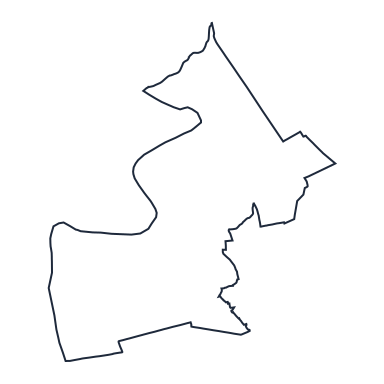 Turcoaia, Tulcea, Romania
{"feature_id": "2599482B2889768165110", "entity_name": "Turcoaia", "entity_type": "district", "adm_level": 2, "iso_a3": "ROU", "parent_name": "Romania", "parent_adm1": "Tulcea", "projection": "natural_earth1", "projection_center": [28.197, 45.114], "detail": "fine", "context": "isolated", "style": "outline", "palette": "slate", "viewbox_px": 384, "rotation_deg": 0, "n_neighbors": 0, "source": "geoboundaries", "source_scale": "gbopen_adm2", "svg_char_len": 5869}
<svg xmlns="http://www.w3.org/2000/svg" viewBox="0 0 384 384"><path d="M65.6,361.0L70.1,360.9L74.2,360.1L80.2,359.0L81.9,358.6L83.1,358.4L89.2,357.6L95.9,356.6L97.7,356.4L99.5,356.2L108.6,354.8L113.3,353.9L113.2,353.9L113.3,353.7L115.5,353.3L119.4,352.7L121.6,352.4L122.1,352.3L122.2,352.2L122.3,352.1L122.3,351.9L122.2,351.5L121.5,349.7L120.1,346.5L119.1,343.6L118.7,342.5L118.6,341.8L118.6,341.6L118.6,341.4L118.8,341.2L119.1,341.1L119.8,340.9L123.1,340.1L126.7,339.1L129.5,338.4L134.6,337.0L136.8,336.4L139.0,335.8L141.7,335.1L144.2,334.4L145.4,334.1L149.1,333.1L154.4,331.8L158.7,330.6L161.7,329.8L163.4,329.3L165.8,328.7L166.3,328.6L168.9,327.9L172.6,326.9L180.5,325.0L184.2,324.0L187.5,323.1L189.6,322.6L190.6,322.3L191.0,323.5L191.2,324.1L191.3,324.3L191.3,324.6L191.3,325.3L191.3,325.8L191.4,326.6L192.4,326.8L194.0,327.1L200.1,328.0L203.4,328.6L209.0,329.5L209.6,329.6L213.7,330.3L219.0,331.1L224.2,332.0L228.1,332.6L231.0,333.1L234.1,333.7L240.2,334.6L240.7,334.7L240.9,334.6L241.3,334.6L245.4,332.9L247.6,332.0L249.7,330.9L249.6,330.0L249.3,329.8L248.6,329.7L248.0,329.5L247.5,329.0L246.5,327.7L245.8,326.2L245.9,325.5L246.5,324.9L246.3,324.0L243.9,324.8L242.0,322.5L241.2,321.2L240.5,320.4L239.9,319.7L239.2,318.3L238.7,318.6L236.3,316.1L234.0,313.3L233.6,313.1L233.1,312.2L232.3,312.5L232.0,312.2L231.6,311.7L231.3,310.9L231.4,310.6L232.0,310.3L232.4,310.0L232.7,309.7L233.3,308.6L233.7,308.1L234.1,307.4L232.0,307.7L230.5,307.8L230.4,307.7L230.0,307.1L229.6,304.9L229.4,303.5L228.0,303.8L227.8,303.3L228.3,303.2L227.7,301.9L225.8,302.3L225.0,301.4L223.4,300.3L223.3,299.7L222.6,299.3L222.0,298.7L221.1,297.7L220.2,296.3L218.7,296.7L219.3,295.6L219.8,294.7L220.1,294.4L220.5,293.9L221.0,292.6L221.6,291.7L221.8,290.7L221.7,289.0L221.5,288.5L223.9,288.3L225.0,287.7L225.7,287.7L226.1,287.6L227.0,287.1L228.0,286.6L228.7,286.3L229.3,286.1L232.9,285.8L232.8,285.3L232.8,285.1L233.3,284.8L233.9,284.5L234.6,284.0L236.0,283.0L236.4,282.6L236.5,282.4L236.7,281.7L236.9,280.5L237.1,280.2L237.3,280.0L237.3,279.5L238.6,279.1L237.3,274.1L237.0,271.7L235.6,269.2L235.2,267.8L234.2,265.4L232.9,263.7L231.2,261.5L229.8,259.6L226.7,256.9L224.8,255.1L223.4,253.8L222.8,252.1L222.8,249.7L225.9,249.8L225.8,245.2L225.5,241.2L232.5,240.5L230.2,233.5L229.2,232.0L228.7,230.8L228.8,229.9L229.2,229.3L230.1,229.4L232.8,229.2L234.7,228.9L236.1,228.6L236.8,228.2L237.9,227.1L239.2,225.6L239.7,225.0L240.2,224.7L240.7,224.4L241.3,224.1L241.7,223.8L242.2,223.4L242.9,222.3L243.1,222.0L243.6,221.6L244.4,220.9L245.7,219.6L246.5,218.9L247.2,218.4L247.8,218.1L248.9,217.9L249.5,217.7L250.6,216.7L251.0,216.2L251.3,215.8L252.0,215.2L252.8,214.1L253.0,213.7L253.1,213.2L253.0,212.3L252.7,210.1L252.6,208.1L252.7,207.3L253.2,206.1L253.1,204.9L253.6,203.4L253.6,202.7L254.4,204.5L255.1,205.5L256.9,209.3L257.6,211.7L257.7,212.1L257.9,212.9L258.3,214.4L258.7,215.6L258.9,217.0L259.4,220.1L259.7,221.3L260.1,223.5L260.5,226.6L261.2,226.6L262.4,226.3L265.9,225.6L266.4,225.6L267.2,225.4L267.9,225.2L272.2,224.5L274.8,223.9L277.1,223.4L278.8,223.2L281.9,222.7L284.0,222.3L284.4,223.5L294.2,219.1L294.8,214.8L297.2,201.0L303.4,194.6L304.8,188.0L306.9,187.0L307.6,186.4L307.6,185.2L306.7,181.5L304.5,178.0L308.5,176.4L335.3,163.5L322.8,153.0L322.2,152.3L319.5,149.7L314.5,144.7L313.2,143.3L309.9,140.1L308.3,138.5L306.8,137.0L306.5,136.7L306.1,136.0L305.9,135.8L305.7,135.7L305.3,135.8L304.8,136.0L304.2,136.4L303.8,136.5L303.4,136.6L302.6,135.4L300.9,132.6L300.4,132.0L300.1,131.7L299.8,131.9L299.2,132.4L298.8,132.6L297.2,133.5L296.0,134.2L290.3,137.4L287.0,139.3L285.1,140.3L283.2,141.5L281.9,139.6L262.5,110.9L258.1,104.2L246.7,86.9L242.9,81.4L239.3,76.2L233.9,68.2L231.0,64.0L225.6,56.2L223.2,52.6L220.8,49.1L217.5,44.3L216.2,42.2L215.5,40.7L214.4,38.3L213.9,36.7L213.8,36.4L213.8,35.5L214.0,34.3L214.1,33.5L214.0,32.7L212.8,27.2L211.9,23.0L211.6,23.1L211.5,23.3L211.4,23.9L211.2,25.5L210.5,25.9L209.9,26.5L209.6,27.2L209.2,29.8L209.0,32.7L208.9,34.9L208.8,36.7L208.6,39.0L208.3,40.1L208.0,40.8L207.7,41.1L207.5,41.4L207.0,41.8L206.8,42.1L206.4,42.8L206.1,43.7L205.6,45.3L205.4,46.2L205.2,46.5L204.6,47.9L203.0,50.5L202.7,50.8L202.2,51.1L201.2,51.7L199.9,52.3L198.0,52.9L197.3,52.9L195.4,52.8L193.9,52.8L192.8,53.2L190.7,55.1L190.0,55.6L189.3,56.7L188.8,57.2L188.9,57.6L188.7,58.1L188.1,59.2L187.7,59.7L187.4,60.1L187.0,60.3L186.4,60.6L185.4,61.2L184.5,61.7L184.0,62.2L183.3,62.8L183.0,63.5L182.8,64.0L181.5,67.1L180.6,69.1L179.9,70.5L179.4,71.2L178.8,71.9L178.4,72.2L177.8,72.7L177.1,73.0L176.5,73.3L175.5,73.7L174.1,74.1L173.0,74.6L171.2,75.3L170.4,75.5L170.1,75.5L169.9,75.5L169.7,75.5L169.1,75.9L168.7,76.1L167.8,76.6L167.0,77.3L165.7,78.4L162.1,81.6L161.4,82.1L160.5,82.7L159.8,83.1L159.4,83.3L158.8,83.5L158.2,83.8L155.9,84.8L153.7,85.9L152.8,86.2L152.4,86.3L151.8,86.4L151.1,86.6L150.5,86.7L149.5,86.9L148.9,87.0L148.5,87.0L148.3,86.9L147.8,87.5L147.6,87.7L146.7,88.0L145.7,88.8L144.6,89.8L143.3,90.9L149.2,94.7L155.7,98.6L161.6,101.9L168.8,105.1L170.7,105.9L173.6,107.2L180.1,109.4L184.3,108.1L187.7,107.3L192.0,109.2L196.5,112.2L197.5,112.9L198.1,114.2L201.0,120.4L201.0,122.5L196.6,126.2L192.9,129.2L191.2,130.5L184.0,133.5L175.6,137.8L165.4,142.3L159.2,145.8L156.9,147.2L151.4,150.5L144.1,154.7L138.1,160.1L135.6,163.5L133.7,167.3L133.1,171.6L133.4,174.2L134.7,178.4L138.8,185.2L144.2,192.8L146.5,195.8L150.5,200.9L151.8,202.9L155.4,209.0L156.7,212.9L156.1,217.2L151.7,223.5L148.4,228.8L140.3,233.5L131.4,234.6L114.0,233.9L111.6,233.8L107.0,233.3L100.7,232.6L92.8,232.4L83.6,231.5L80.6,231.2L77.7,230.0L76.4,229.7L75.8,229.6L72.2,227.4L70.4,226.3L63.6,222.5L58.9,223.3L54.8,225.6L53.5,226.3L52.4,230.0L51.2,234.1L50.3,238.4L50.4,243.0L50.6,246.4L51.0,248.6L51.7,253.0L51.7,253.8L51.8,256.8L51.8,258.6L51.9,261.5L52.0,272.6L51.8,273.6L48.7,288.0L52.3,305.3L54.4,315.4L56.4,329.5L58.3,337.7L59.4,342.8L62.9,352.7L65.6,361.0Z" fill="none" stroke="#1e293b" stroke-width="2"/></svg>